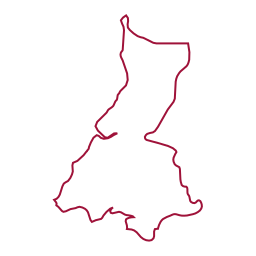 SVG path tracing the border of Litoral
{"feature_id": "GNQ-1470", "entity_name": "Litoral", "entity_type": "Province", "adm_level": 1, "iso_a3": "GNQ", "parent_name": "Equatorial Guinea", "parent_adm1": "", "projection": "orthographic", "projection_center": [9.856, 1.633], "detail": "fine", "context": "isolated", "style": "outline", "palette": "rose", "viewbox_px": 256, "rotation_deg": 0, "n_neighbors": 0, "source": "natural_earth", "source_scale": "10m", "svg_char_len": 2733}
<svg xmlns="http://www.w3.org/2000/svg" viewBox="0 0 256 256"><path d="M126.1,15.4L127.9,18.0L128.1,21.0L127.6,24.3L127.9,27.6L129.9,30.1L133.6,33.4L137.6,36.1L140.5,37.2L143.3,37.8L153.3,42.8L156.5,43.4L177.9,43.4L188.1,43.4L189.4,52.2L189.2,59.8L188.5,62.5L187.7,64.5L186.6,66.1L180.5,71.4L179.1,73.1L177.2,76.2L176.3,78.7L175.7,81.6L174.8,98.7L173.5,101.9L167.8,109.5L158.0,126.8L155.0,131.0L152.9,132.4L149.9,133.0L147.2,133.9L145.8,135.2L144.9,136.9L145.1,138.3L145.7,139.3L146.8,140.0L158.0,143.0L168.1,146.0L172.9,148.2L175.7,150.5L176.2,151.4L176.4,152.1L175.2,154.1L173.6,157.7L173.3,159.6L173.6,161.7L174.7,164.2L176.1,165.5L179.3,167.2L179.9,169.0L180.4,179.4L180.8,181.9L181.7,185.0L183.0,186.1L184.5,186.6L186.3,186.7L187.1,187.6L187.4,189.1L187.4,191.0L187.5,193.1L188.0,194.5L188.9,195.5L189.4,196.8L190.2,200.8L191.1,202.0L192.8,202.9L194.5,203.1L195.8,202.5L196.9,201.3L197.9,200.5L198.9,200.3L200.3,201.1L201.1,202.6L201.7,204.4L201.9,206.5L201.3,208.5L199.9,210.5L197.8,212.1L195.4,213.4L192.9,214.2L187.0,215.5L183.9,215.7L181.5,215.6L179.5,215.2L176.3,214.3L174.8,214.1L173.4,214.3L171.4,215.1L170.7,215.5L166.8,217.0L163.1,219.0L162.3,219.7L161.4,220.7L160.5,222.0L159.0,225.1L158.0,228.4L158.0,228.7L154.9,229.1L154.1,231.5L154.1,236.2L153.5,238.3L151.6,240.1L149.1,240.6L146.2,240.2L143.4,239.0L140.8,237.0L136.7,232.3L134.1,230.4L131.6,229.5L126.9,229.0L127.1,228.1L126.9,225.4L125.7,221.3L126.0,219.4L127.3,218.5L129.3,217.7L131.7,217.3L133.7,217.2L132.8,216.3L130.8,215.7L128.5,215.3L126.6,215.1L124.9,214.6L121.0,212.3L119.0,211.8L112.5,213.3L110.8,212.8L110.2,211.2L110.9,209.5L112.1,208.1L113.1,207.5L110.2,208.7L106.5,211.9L103.5,215.5L102.2,217.8L101.1,218.9L95.8,220.2L91.9,221.9L90.5,220.0L88.0,212.3L86.7,210.3L85.0,208.8L82.4,207.5L79.5,206.8L77.4,207.3L75.6,208.1L70.5,209.1L65.8,211.3L63.4,211.8L62.0,211.0L58.3,206.8L56.3,205.3L56.6,203.7L56.2,202.5L54.1,199.8L56.6,198.8L58.5,196.9L59.8,194.6L62.4,186.4L63.8,183.6L65.6,182.3L68.0,181.0L70.3,178.0L72.0,174.4L72.8,171.5L72.4,165.4L73.0,162.8L77.4,160.9L83.6,155.2L86.4,151.6L86.9,151.3L87.2,150.5L88.0,149.7L88.7,148.7L89.0,147.0L90.9,142.4L93.5,137.7L96.7,135.2L98.8,135.9L100.8,137.8L103.8,138.8L108.0,138.2L111.0,136.8L113.8,135.0L117.3,133.3L114.1,133.4L107.6,137.8L104.8,137.2L97.9,130.6L95.5,126.2L97.2,121.9L106.5,112.7L106.9,112.1L107.9,110.3L108.7,109.4L111.9,107.2L113.2,106.0L113.8,104.9L115.2,101.7L115.9,100.7L116.6,100.1L117.1,99.0L117.7,95.1L118.4,94.1L119.2,93.3L119.5,92.5L120.4,91.0L126.0,85.4L127.7,80.0L127.1,73.4L122.7,60.5L121.2,57.5L120.7,56.1L120.5,54.4L120.9,52.7L121.6,51.6L122.3,50.8L122.7,50.0L124.0,30.2L123.5,26.7L122.2,23.9L120.9,20.3L123.0,17.6L126.1,15.4Z" fill="none" stroke="#9f1239" stroke-width="2"/></svg>